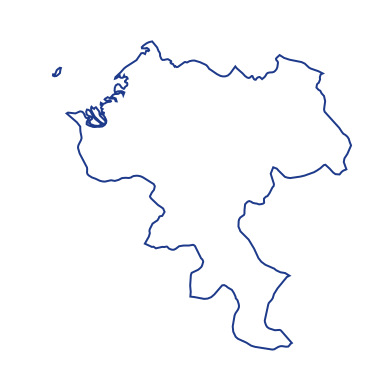 map outline of Cauca (Albers equal-area conic projection), rotated 7°
{"feature_id": "COL-1404", "entity_name": "Cauca", "entity_type": "Department", "adm_level": 1, "iso_a3": "COL", "parent_name": "Colombia", "parent_adm1": "", "projection": "albers", "projection_center": [-77.137, 2.145], "detail": "fine", "context": "isolated", "style": "outline", "palette": "blue", "viewbox_px": 384, "rotation_deg": 7, "n_neighbors": 0, "source": "natural_earth", "source_scale": "10m", "svg_char_len": 5870}
<svg xmlns="http://www.w3.org/2000/svg" viewBox="0 0 384 384"><g transform="rotate(7 192 192)"><path d="M58.0,129.3L59.3,128.3L66.7,128.2L71.1,125.6L73.5,125.8L75.2,127.4L76.5,129.7L77.5,131.1L78.9,131.5L81.2,130.8L80.1,132.7L79.0,135.4L79.2,137.6L81.7,138.6L85.7,139.4L87.2,139.4L90.5,138.7L91.9,138.6L95.0,137.9L97.1,136.2L98.3,133.9L98.3,131.7L97.5,130.1L96.1,128.0L94.3,126.2L92.4,125.7L92.4,124.9L94.9,124.9L94.9,124.0L93.3,123.6L92.5,122.8L92.5,121.7L93.2,120.6L91.9,120.2L91.4,119.4L91.7,118.4L92.4,117.1L91.3,116.9L90.7,116.6L90.7,114.6L92.9,115.5L94.6,114.7L96.2,113.5L97.9,112.8L99.8,112.4L100.5,111.9L100.1,111.2L99.0,111.0L97.0,111.9L95.9,111.9L94.0,110.8L94.5,109.9L95.9,109.0L96.6,108.2L99.5,108.9L101.8,109.0L103.5,108.6L104.9,110.5L105.2,111.2L106.1,111.2L104.9,108.5L100.3,107.3L101.8,105.1L103.7,104.1L105.5,103.9L107.2,103.4L108.7,101.7L110.9,102.8L111.6,103.4L112.0,104.3L112.7,101.4L110.0,100.5L106.2,101.1L103.5,102.6L102.8,100.7L102.7,97.9L103.4,95.4L105.2,94.0L106.9,94.2L108.0,95.2L109.0,96.5L110.4,97.4L111.8,97.9L112.2,97.6L112.3,96.9L112.9,95.7L114.6,94.2L114.7,93.7L114.6,92.3L114.2,91.6L112.5,91.2L112.0,90.6L112.0,90.0L112.7,89.5L113.3,87.9L114.3,87.4L113.8,86.3L113.0,85.8L111.9,85.8L111.0,85.7L110.4,84.5L110.0,85.7L110.4,86.3L109.0,87.1L107.6,87.3L106.5,86.9L106.1,85.5L103.0,88.3L101.8,88.9L102.0,87.4L106.6,81.9L109.4,77.8L111.2,75.9L120.8,67.9L124.7,60.5L126.5,60.0L128.6,60.8L129.4,57.2L130.3,57.2L131.5,57.5L132.2,56.7L131.5,55.4L129.6,54.5L127.7,55.2L124.9,55.5L124.5,54.4L126.0,52.5L129.0,49.8L131.1,48.5L134.1,47.4L139.8,52.8L141.5,56.0L142.8,57.5L143.4,58.7L143.7,60.4L144.0,61.4L145.6,63.9L146.6,64.5L148.5,64.2L151.2,63.2L152.2,63.2L155.3,64.6L155.5,65.3L154.9,66.0L155.1,66.5L156.0,67.2L156.5,67.1L157.5,67.3L159.4,69.6L159.8,69.0L160.1,69.0L160.6,69.6L161.5,69.9L162.8,69.5L168.8,64.0L169.6,63.8L170.6,64.0L171.4,64.0L173.5,62.5L176.1,61.6L178.4,61.2L184.2,62.2L190.2,64.1L191.1,64.6L193.1,66.5L193.9,67.6L195.2,68.2L202.5,72.0L206.1,73.3L208.3,73.5L210.4,73.3L211.6,72.9L213.4,72.0L215.6,69.5L219.7,62.1L221.3,63.7L227.8,68.1L230.6,70.5L232.9,71.7L234.5,71.9L235.5,71.4L237.1,69.6L237.9,69.6L238.9,71.3L239.9,72.5L240.9,72.9L241.5,72.8L241.9,72.5L242.1,71.6L243.3,70.3L244.9,69.6L245.7,69.9L247.8,71.4L249.7,69.4L250.5,68.3L251.7,65.6L252.5,64.7L254.1,64.0L257.3,63.4L258.6,62.8L259.9,61.5L261.0,59.6L261.5,57.7L261.6,53.3L261.2,52.2L259.5,50.6L259.1,49.5L259.6,48.6L262.3,45.4L267.1,47.7L272.7,48.8L284.9,49.7L288.3,50.8L292.9,54.2L294.8,55.0L302.7,56.7L307.4,58.4L305.4,59.7L304.9,62.5L305.4,64.7L304.5,68.1L303.3,69.3L302.9,70.4L302.8,73.2L305.2,75.2L307.0,75.9L308.6,78.3L311.3,80.6L313.1,85.6L313.0,93.9L313.8,96.1L330.3,110.4L333.6,114.3L335.2,115.8L337.2,116.6L339.5,118.2L341.1,120.1L342.6,123.5L344.2,126.4L341.6,135.2L339.2,140.1L339.0,143.8L342.5,150.7L339.5,152.4L338.0,153.9L336.3,156.6L332.2,156.8L329.8,155.5L325.6,151.9L321.1,148.7L319.5,149.3L316.5,152.8L313.6,155.3L310.7,157.5L301.7,162.0L297.7,163.5L287.8,166.2L284.7,166.1L282.3,165.6L275.4,160.3L273.4,158.5L269.6,157.6L267.9,164.3L272.4,174.2L272.3,176.2L271.3,177.6L269.1,183.7L267.4,186.9L266.0,187.6L264.3,189.7L264.5,191.9L264.9,193.7L264.6,194.4L263.7,195.0L261.9,195.7L260.1,196.1L257.7,195.6L255.5,195.6L253.5,195.3L252.0,194.5L249.9,194.0L248.2,195.0L246.2,197.7L246.3,203.4L246.7,207.2L246.4,208.4L243.0,211.5L242.0,213.7L241.9,215.3L242.3,220.6L244.9,225.2L254.0,232.3L260.5,240.6L266.0,249.5L269.3,252.8L273.7,255.3L283.1,258.1L285.0,259.4L289.5,260.9L294.3,261.1L298.9,263.2L296.5,264.8L288.7,277.1L285.8,283.3L285.1,287.5L284.1,289.5L281.8,292.7L281.4,294.3L279.9,310.7L280.2,312.1L281.6,315.0L283.0,316.8L285.2,318.0L291.1,319.1L295.9,318.2L297.1,318.6L309.5,329.7L308.1,330.9L307.3,332.5L306.3,333.7L304.1,334.1L300.1,334.0L298.5,334.3L296.6,335.2L292.8,338.1L290.9,338.6L273.2,338.0L269.4,337.3L264.4,334.9L255.5,332.1L253.0,330.4L250.0,325.7L248.8,320.5L249.3,309.5L249.9,307.2L252.0,303.1L252.6,300.8L252.5,299.2L252.0,297.5L250.4,294.0L248.3,292.0L248.0,290.6L245.7,286.9L243.5,284.3L239.3,282.5L237.3,281.2L235.3,280.5L233.3,281.0L226.7,290.9L223.9,294.0L220.5,295.9L217.1,296.6L207.3,296.0L203.1,296.0L202.9,291.3L201.6,285.2L201.0,274.6L201.5,272.3L207.5,268.5L208.9,267.1L210.3,265.4L210.9,264.1L211.6,260.3L211.5,259.3L210.9,258.3L210.4,257.6L209.1,256.7L201.5,245.2L200.7,244.7L199.5,244.3L195.5,245.5L190.4,246.1L186.5,247.2L185.7,247.5L183.3,249.9L181.9,251.0L180.9,251.5L179.7,251.7L178.3,251.6L176.1,251.0L174.0,249.3L173.2,249.3L171.2,250.0L169.2,250.1L163.0,252.3L160.5,251.0L158.9,251.4L151.5,249.0L154.6,241.6L155.2,238.0L154.5,236.0L154.6,234.2L156.7,228.2L161.2,224.3L162.1,222.3L162.6,220.5L163.2,220.0L165.4,219.3L167.2,215.1L165.4,211.9L163.0,210.6L159.9,209.1L152.4,203.5L151.3,202.4L150.8,201.4L152.2,197.5L154.0,194.5L154.4,190.8L153.0,188.8L141.9,183.6L139.6,182.8L138.2,182.6L136.3,182.5L134.8,182.6L132.0,183.3L130.2,184.5L129.8,185.0L127.6,185.8L124.1,186.0L120.7,186.8L117.7,188.9L114.1,190.4L110.2,190.2L104.3,192.3L102.0,192.4L99.2,192.1L94.7,190.6L90.8,189.7L87.2,188.0L86.0,186.8L85.5,185.8L85.1,181.7L84.8,180.5L75.8,167.5L73.6,162.4L73.4,161.2L73.5,160.1L73.7,158.9L75.3,154.6L75.7,153.1L75.8,151.8L75.5,150.5L74.0,146.0L73.4,143.1L73.1,140.7L69.2,136.8L58.0,129.3ZM91.4,127.4L96.2,131.1L97.9,132.9L97.3,134.8L95.2,135.0L92.0,133.4L86.3,129.1L82.9,124.5L82.1,123.1L81.7,121.6L81.6,120.2L81.9,119.6L83.3,120.8L84.7,121.4L85.0,120.6L86.3,119.6L89.8,123.1L90.3,124.1L90.9,126.5L91.4,127.4ZM79.4,123.1L81.2,124.2L85.9,130.4L87.8,131.8L92.0,134.3L94.1,135.9L91.1,137.8L87.2,138.0L83.5,137.1L81.2,135.9L82.1,135.1L81.2,134.2L83.8,131.7L83.8,130.2L82.1,129.3L79.9,129.1L78.0,127.8L77.2,125.2L77.7,123.0L79.4,123.1ZM44.0,86.3L45.7,84.8L46.8,84.9L46.5,86.6L46.4,90.1L44.6,92.2L43.2,93.4L41.3,93.9L39.8,93.4L39.8,92.1L41.8,91.9L42.9,87.6L44.0,86.3Z" fill="none" stroke="#1e3a8a" stroke-width="2"/></g></svg>